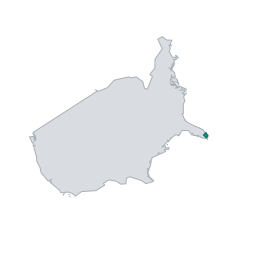 location of Miami-Dade, Florida, United States of America, rotated 314°
{"feature_id": "52423323B12945765623889", "entity_name": "Miami-Dade", "entity_type": "district", "adm_level": 2, "iso_a3": "USA", "parent_name": "United States of America", "parent_adm1": "Florida", "projection": "orthographic", "projection_center": [-80.389, 25.563], "detail": "fine", "context": "in_parent", "style": "filled", "palette": "teal", "viewbox_px": 256, "rotation_deg": 314, "n_neighbors": 0, "source": "geoboundaries", "source_scale": "gbopen_adm2", "svg_char_len": 4343}
<svg xmlns="http://www.w3.org/2000/svg" viewBox="0 0 256 256"><g transform="rotate(314 128 128)"><path d="M196.3,99.6L208.7,97.7L212.6,87.8L217.3,89.0L218.3,94.9L221.6,98.5L217.1,100.4L217.0,101.5L216.0,100.2L215.1,102.7L211.6,104.6L209.7,110.8L212.1,113.2L213.5,112.7L213.0,111.6L213.5,112.1L213.8,113.4L209.7,114.5L208.8,113.2L208.5,115.1L203.7,115.9L200.2,118.4L200.5,117.1L200.0,116.2L199.3,119.5L200.3,120.0L200.1,122.8L197.8,126.5L195.1,124.4L196.5,122.1L194.8,123.7L195.6,126.2L196.8,127.6L197.1,129.2L194.1,135.1L194.9,131.4L192.3,128.0L193.8,124.3L191.3,125.5L192.4,130.9L189.9,129.3L189.1,129.5L189.8,127.8L189.7,127.3L188.9,128.6L188.9,129.8L192.7,131.8L191.9,132.7L190.2,130.9L189.6,130.6L191.7,132.8L192.6,133.2L192.1,134.6L191.0,133.6L192.8,135.6L192.4,135.9L191.5,134.9L189.2,134.4L192.1,136.3L193.9,136.2L195.9,141.2L194.2,137.4L194.8,139.9L191.3,139.4L193.9,141.8L195.1,141.1L193.6,143.4L190.3,142.7L192.3,143.8L190.6,145.0L192.7,145.8L188.9,146.4L187.1,150.1L183.5,151.2L176.7,157.9L175.9,157.1L173.2,163.2L173.0,164.8L174.0,169.5L178.9,183.4L177.1,190.8L174.4,191.2L171.9,187.3L171.5,184.0L167.9,180.1L169.2,178.4L167.3,178.5L168.2,173.6L164.1,168.7L157.5,169.6L156.5,166.8L150.0,166.2L150.9,165.2L149.7,166.2L146.8,166.6L146.9,164.4L146.3,165.9L137.5,165.7L141.1,167.1L139.7,169.0L142.4,171.1L140.9,172.0L137.9,169.2L137.5,171.2L133.3,170.0L131.1,167.3L129.5,168.4L123.5,165.9L119.5,168.2L120.5,167.6L118.7,166.6L117.2,170.0L113.1,171.7L114.1,171.1L111.7,170.5L112.4,171.8L109.3,172.8L107.6,176.5L106.4,175.7L107.4,176.9L107.1,180.4L108.0,182.7L107.1,183.3L100.4,179.6L99.6,174.3L94.1,163.0L90.6,161.9L86.4,165.2L82.6,161.8L81.7,156.8L77.4,150.3L71.1,148.8L70.6,150.9L60.7,148.5L50.2,138.9L42.3,137.3L42.4,133.6L40.3,129.4L34.8,124.7L35.7,122.3L34.9,109.9L35.6,108.9L36.0,110.6L36.3,108.1L38.6,108.8L34.4,107.5L35.5,96.5L38.7,91.8L40.5,85.8L43.4,82.6L49.5,72.6L51.2,73.6L49.5,72.2L51.6,69.8L50.9,69.5L53.1,63.4L56.8,66.1L54.3,68.7L56.9,67.2L55.3,69.6L53.9,69.8L54.6,70.2L56.1,69.5L57.8,67.1L58.8,62.8L132.6,80.1L133.0,78.5L134.0,81.4L142.9,85.2L152.7,84.8L165.4,93.1L165.9,95.1L170.4,98.4L171.6,106.3L167.9,112.6L169.5,114.8L182.1,109.8L181.6,106.8L182.7,106.3L189.6,105.9L196.3,99.6ZM205.3,117.1L207.3,116.6L200.0,119.0L206.0,116.3L205.3,117.1ZM57.8,65.3L57.4,67.1L57.3,67.3L57.1,65.8L57.8,65.3ZM108.0,182.0L107.5,178.9L107.8,177.1L107.7,179.0L108.0,182.0ZM217.6,100.6L217.7,101.5L217.3,101.3L217.6,100.6ZM131.1,168.2L131.2,168.9L130.6,168.3L131.1,168.2ZM36.3,128.2L37.1,128.1L36.3,128.2ZM35.6,127.7L35.1,128.1L35.0,127.6L35.6,127.7ZM211.6,114.6L211.1,115.2L210.9,115.0L211.6,114.6ZM108.5,175.6L107.8,176.9L109.5,174.4L108.5,175.6ZM177.5,178.8L178.4,181.6L177.3,178.6L177.5,178.8ZM39.3,131.7L39.4,132.5L39.2,131.7L39.3,131.7ZM177.5,191.2L176.7,192.1L178.1,190.3L177.5,191.2ZM196.3,142.9L195.5,143.9L196.0,141.4L196.3,142.9ZM57.9,63.8L57.7,64.2L57.6,63.9L57.9,63.8ZM112.3,172.3L110.9,172.8L112.4,172.1L112.3,172.3ZM213.6,114.7L213.7,115.3L213.0,115.2L213.6,114.7ZM38.6,133.7L38.5,134.6L38.4,133.7L38.6,133.7ZM110.5,173.3L109.9,173.5L110.5,173.0L110.5,173.3ZM196.8,130.3L196.0,131.7L196.9,129.8L196.8,130.3ZM119.0,168.8L118.1,169.2L119.4,168.4L119.0,168.8ZM173.4,164.0L173.2,165.1L173.1,164.3L173.4,164.0ZM193.0,146.0L192.7,146.2L193.5,145.3L193.0,146.0ZM159.8,169.5L158.7,170.0L158.3,169.9L159.8,169.5ZM146.4,166.3L146.2,166.5L145.6,166.4L146.4,166.3ZM170.3,184.0L170.4,184.9L170.1,183.9L170.3,184.0ZM143.5,167.7L143.2,168.5L143.3,167.2L143.5,167.7ZM175.0,193.2L174.3,193.2L175.2,193.0L175.0,193.2ZM200.0,123.3L199.6,124.0L200.1,123.0L200.0,123.3ZM194.8,144.2L194.4,144.5L194.3,144.4L194.8,144.2Z" fill="#d9dde1" stroke="#a8b0b8" stroke-width="1"/><path d="M175.5,187.3L175.5,188.1L175.5,188.3L175.5,188.8L175.5,190.2L175.5,190.8L175.5,191.1L175.8,191.0L176.0,191.2L176.3,191.1L176.6,191.0L176.7,190.9L176.9,190.9L177.0,190.9L177.1,191.0L177.0,190.9L177.4,190.8L177.4,190.7L177.5,190.7L177.6,190.4L177.8,190.1L177.8,189.9L177.7,189.7L177.8,189.4L177.9,189.2L177.9,188.9L178.0,188.9L178.1,188.7L178.3,188.4L178.4,188.5L178.5,188.8L178.5,188.7L178.5,188.4L178.6,188.2L178.6,187.8L178.6,187.6L178.6,187.3L178.4,187.3L178.2,187.3L177.9,187.3L177.6,187.4L177.3,187.4L176.3,187.4L175.5,187.3ZM178.0,190.2L178.1,190.3L178.3,190.0L178.4,189.6L178.1,190.0L178.0,190.2Z" fill="#14b8a6" stroke="#0f766e" stroke-width="1.5"/></g></svg>